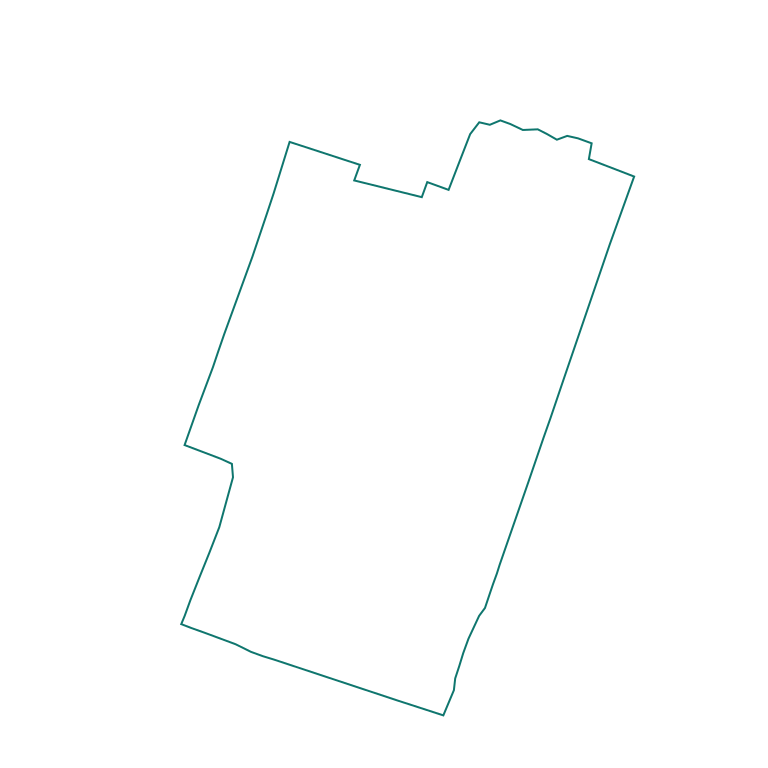 Garibaldi, Rio Grande do Sul, Brazil (orthographic projection), rotated 110°
{"feature_id": "56859067B56805786967083", "entity_name": "Garibaldi", "entity_type": "district", "adm_level": 2, "iso_a3": "BRA", "parent_name": "Brazil", "parent_adm1": "Rio Grande do Sul", "projection": "orthographic", "projection_center": [-51.585, -29.246], "detail": "fine", "context": "isolated", "style": "outline", "palette": "teal", "viewbox_px": 768, "rotation_deg": 110, "n_neighbors": 0, "source": "geoboundaries", "source_scale": "gbopen_adm2", "svg_char_len": 937}
<svg xmlns="http://www.w3.org/2000/svg" viewBox="0 0 768 768"><g transform="rotate(110 384 384)"><path d="M175.4,219.6L103.5,219.9L102.6,268.4L86.8,271.2L86.8,285.7L88.2,296.7L95.3,305.1L93.4,316.1L92.1,326.6L97.8,340.4L96.5,354.2L96.5,364.8L104.2,373.2L105.5,384.0L119.7,388.5L148.1,389.1L179.5,389.7L179.5,412.4L195.5,412.4L202.9,481.6L186.3,481.6L188.8,555.5L242.8,552.9L263.6,552.3L309.3,551.2L332.6,551.2L364.0,551.2L391.5,551.2L410.3,550.9L426.6,550.5L467.3,550.9L509.6,550.5L510.1,511.9L511.1,499.6L523.3,494.0L574.9,489.8L602.5,490.4L628.4,491.3L653.5,492.0L670.0,492.0L679.0,492.4L679.2,481.4L679.1,468.3L679.3,434.4L681.2,417.4L681.2,404.7L680.6,393.4L676.8,263.0L675.1,214.9L647.8,213.6L636.3,216.4L623.4,216.8L609.8,217.5L594.4,217.5L569.3,215.3L559.9,212.5L544.1,212.9L534.9,213.1L523.4,213.1L514.2,213.5L426.7,214.8L379.8,215.7L359.1,215.9L318.1,216.8L175.4,219.6Z" fill="none" stroke="#0f766e" stroke-width="2"/></g></svg>